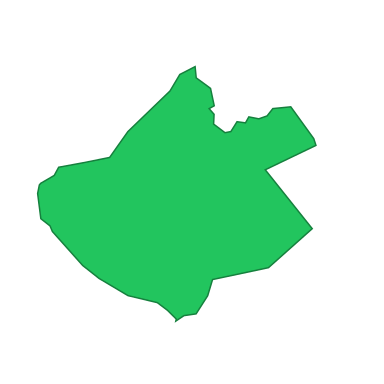 the district of Tyrrell, North Carolina, United States of America, rotated 228°
{"feature_id": "52423323B39402203079771", "entity_name": "Tyrrell", "entity_type": "district", "adm_level": 2, "iso_a3": "USA", "parent_name": "United States of America", "parent_adm1": "North Carolina", "projection": "robinson", "projection_center": [-76.186, 35.796], "detail": "fine", "context": "isolated", "style": "filled", "palette": "green", "viewbox_px": 384, "rotation_deg": 228, "n_neighbors": 0, "source": "geoboundaries", "source_scale": "gbopen_adm2", "svg_char_len": 706}
<svg xmlns="http://www.w3.org/2000/svg" viewBox="0 0 384 384"><g transform="rotate(228 192 192)"><path d="M84.3,256.8L159.5,261.3L143.7,315.3L150.2,318.2L189.2,322.4L199.9,307.9L198.3,298.7L201.7,290.6L209.8,284.5L207.6,278.0L214.1,272.5L210.9,261.3L214.0,256.2L228.0,253.5L235.0,260.4L242.5,260.5L241.2,266.2L256.6,275.1L274.0,271.5L283.1,278.2L287.5,261.6L281.8,243.3L279.8,184.8L272.8,153.9L287.1,129.8L299.6,109.5L296.5,100.7L299.7,85.4L299.4,83.3L294.2,76.3L273.3,61.8L261.8,63.8L256.0,61.8L210.5,61.6L189.9,65.1L157.8,75.1L133.0,92.2L120.5,94.6L108.1,95.3L106.9,93.6L105.5,103.3L98.7,113.5L104.4,134.2L113.2,148.7L84.6,198.2L84.3,256.8Z" fill="#22c55e" stroke="#15803d" stroke-width="1.5"/></g></svg>